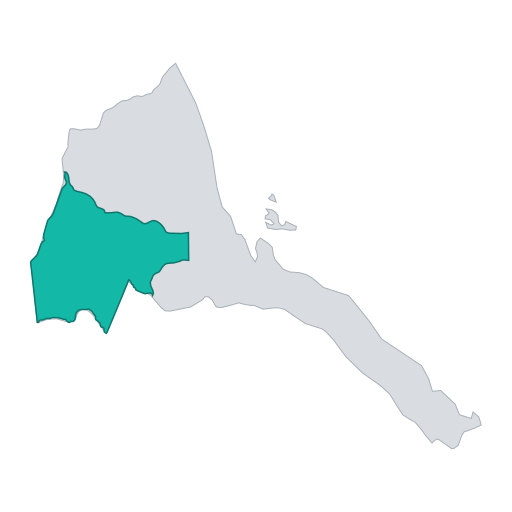 where Gash Barka sits in Eritrea
{"feature_id": "ERI-1560", "entity_name": "Gash Barka", "entity_type": "Region", "adm_level": 1, "iso_a3": "ERI", "parent_name": "Eritrea", "parent_adm1": "", "projection": "orthographic", "projection_center": [37.465, 15.27], "detail": "fine", "context": "in_parent", "style": "filled", "palette": "teal", "viewbox_px": 512, "rotation_deg": 0, "n_neighbors": 0, "source": "natural_earth", "source_scale": "10m", "svg_char_len": 4904}
<svg xmlns="http://www.w3.org/2000/svg" viewBox="0 0 512 512"><path d="M37.2,322.7L35.1,302.8L33.8,289.5L32.3,275.4L30.9,262.1L37.3,254.0L40.3,246.2L47.9,221.0L51.0,216.0L57.0,202.6L57.8,198.7L63.7,181.7L63.2,170.4L62.0,158.9L65.2,152.2L68.1,146.8L67.9,142.2L69.2,131.5L70.1,128.9L73.6,128.7L80.7,130.1L86.0,129.1L92.1,129.1L96.7,128.7L99.5,125.5L103.3,113.1L105.7,110.6L107.6,109.8L113.0,107.5L117.5,103.9L121.3,101.3L122.6,100.8L126.6,100.5L130.5,98.9L132.3,97.2L137.3,95.8L142.1,96.5L145.4,95.0L147.6,94.0L150.1,93.9L152.3,92.5L153.2,90.3L154.7,88.8L158.5,85.6L160.2,83.3L161.0,80.9L161.7,79.0L163.4,75.9L170.0,67.9L175.6,63.3L195.8,103.1L204.1,126.7L211.5,151.3L217.1,188.3L222.3,207.1L230.6,216.4L236.4,233.9L241.2,234.6L244.8,239.4L250.9,255.8L255.3,261.9L257.5,256.6L257.2,253.6L255.5,248.5L257.0,241.9L260.3,238.0L268.0,243.2L272.2,247.2L273.4,255.4L275.2,259.8L283.3,269.3L290.1,272.0L298.9,272.6L306.3,274.6L312.2,278.0L323.4,287.5L348.7,295.6L369.4,321.3L381.7,339.1L421.5,365.6L428.6,378.6L432.4,391.3L440.7,390.5L455.2,404.2L459.5,414.8L471.2,418.4L473.1,412.0L478.8,417.0L481.3,425.0L473.9,428.4L465.7,431.4L464.5,431.4L461.9,435.1L458.2,445.3L454.0,448.4L451.7,448.7L438.7,439.5L436.7,439.0L434.0,441.0L432.0,443.0L425.9,435.9L421.4,429.7L415.1,422.2L409.2,419.0L402.8,414.8L396.4,405.0L389.8,394.2L380.3,385.5L362.4,372.9L346.0,356.8L333.5,339.9L325.4,331.2L322.0,328.9L305.5,323.6L293.9,315.9L285.0,309.6L279.6,308.0L274.3,307.8L263.1,309.2L253.8,305.3L249.9,305.3L243.7,304.2L238.7,302.8L233.0,304.6L221.3,307.6L216.4,307.0L213.8,303.0L212.2,299.9L208.1,296.7L204.7,296.8L202.8,299.6L190.6,307.0L170.0,311.1L165.1,310.8L161.4,307.9L151.0,295.6L148.0,293.6L145.6,293.4L140.8,291.9L136.3,289.6L132.3,284.5L128.3,281.6L124.1,291.6L116.6,309.0L112.6,318.3L107.4,330.3L105.8,330.7L103.1,329.8L92.8,314.8L86.4,309.2L81.5,309.7L78.0,312.5L75.8,317.5L73.4,320.6L70.8,321.8L65.1,321.2L56.5,318.8L47.6,319.2L38.4,322.6L37.2,322.7ZM278.6,222.1L281.4,225.8L283.3,225.4L284.8,224.2L285.8,221.5L296.4,226.5L295.8,230.0L289.6,230.2L282.3,228.9L275.6,229.5L267.6,228.1L265.7,222.3L270.8,225.0L273.4,224.3L273.9,223.5L270.2,219.7L265.1,218.9L265.4,215.9L267.7,214.6L269.1,213.1L266.1,208.9L271.8,209.8L275.5,212.3L277.9,215.3L278.6,222.1ZM273.9,195.5L276.2,202.1L269.7,199.6L268.6,198.3L271.4,195.6L272.0,194.0L273.9,195.5Z" fill="#d9dde1" stroke="#a8b0b8" stroke-width="1"/><path d="M37.3,322.3L35.9,309.5L34.9,300.9L34.0,292.3L33.2,285.5L32.8,281.7L31.5,270.1L30.7,263.5L30.8,262.0L31.4,260.8L36.3,256.0L37.5,254.1L41.0,244.1L42.3,241.9L44.5,240.5L43.5,237.4L43.7,234.5L47.4,221.3L48.2,219.7L51.5,216.3L53.3,213.4L56.5,204.3L59.6,195.7L61.8,189.4L62.9,187.6L65.7,184.7L66.4,182.9L66.2,181.4L65.0,178.6L64.7,177.2L64.8,175.7L65.0,174.5L65.0,173.2L64.6,172.0L66.4,172.3L67.8,174.3L68.3,175.8L68.7,177.6L69.1,181.4L69.6,183.2L70.0,184.2L70.5,184.9L71.0,185.4L71.6,185.9L72.1,186.5L72.7,187.2L73.6,189.4L74.0,190.1L75.0,190.6L76.5,191.2L82.7,192.7L86.1,193.9L90.2,196.4L92.8,199.0L94.8,202.1L96.0,205.0L97.1,206.7L98.4,207.6L100.7,208.3L102.8,209.2L104.0,210.0L104.5,210.7L104.6,211.3L104.6,212.0L105.0,212.5L106.0,212.8L110.9,212.8L115.6,212.2L117.4,212.2L119.3,212.7L121.7,213.9L123.5,215.2L124.9,215.9L126.4,216.2L128.8,216.3L130.5,216.5L132.7,217.2L136.6,218.9L143.1,223.3L144.3,223.7L146.0,223.6L147.4,223.0L151.1,221.2L152.7,220.6L154.5,220.7L156.7,221.3L159.9,223.4L162.1,225.6L163.9,228.0L165.7,231.6L167.1,232.6L169.4,233.2L181.6,233.5L188.4,232.6L188.7,260.4L184.2,259.9L182.1,260.2L179.4,261.4L173.6,262.9L167.7,263.3L166.7,263.6L165.7,264.0L164.5,264.7L161.9,267.6L160.5,270.1L159.5,271.4L158.6,272.2L156.1,273.2L154.6,274.1L153.4,275.2L152.8,276.1L151.8,278.9L150.6,281.4L150.3,282.7L150.5,284.3L150.9,286.3L153.0,290.9L153.4,293.5L152.6,295.4L152.2,294.3L151.5,293.5L150.4,293.1L148.9,293.0L145.0,293.7L143.8,293.4L136.6,290.4L136.0,290.0L135.6,289.3L135.6,288.7L135.4,288.2L134.8,287.7L134.0,287.5L133.7,287.2L133.6,286.8L133.3,286.3L133.3,286.0L133.3,285.3L133.3,285.0L133.0,284.8L132.4,284.7L132.1,284.5L130.8,281.9L130.0,280.7L128.8,279.7L126.1,286.4L121.8,296.9L117.5,307.3L113.3,317.4L109.4,326.7L107.0,332.5L106.3,333.3L105.0,332.5L104.3,331.7L104.0,330.6L104.0,328.8L103.8,328.1L103.2,327.6L102.5,327.3L101.9,327.1L101.0,326.8L100.6,326.0L100.3,324.3L99.8,323.0L99.5,322.6L96.8,320.3L95.8,319.7L95.6,319.0L95.6,317.4L95.5,316.4L95.3,315.8L94.3,314.8L91.7,311.1L90.5,310.4L88.8,309.0L87.9,309.1L86.4,309.6L81.5,309.5L79.2,310.0L77.2,311.5L76.2,313.0L75.7,314.3L75.5,315.7L75.4,317.4L75.2,318.9L74.7,320.0L74.0,320.9L73.1,321.4L72.6,321.5L71.4,321.4L70.9,321.4L69.9,322.2L69.5,322.4L68.8,322.3L68.2,322.1L67.7,321.8L67.2,321.4L65.9,319.8L65.6,319.5L63.3,319.2L59.0,317.9L56.8,317.6L52.2,317.6L51.6,317.7L50.5,318.4L49.9,318.5L46.9,318.5L45.5,318.8L43.5,319.7L42.5,319.9L41.1,320.0L40.0,320.2L39.1,320.9L38.6,322.3L37.3,322.3Z" fill="#14b8a6" stroke="#0f766e" stroke-width="1.5"/></svg>